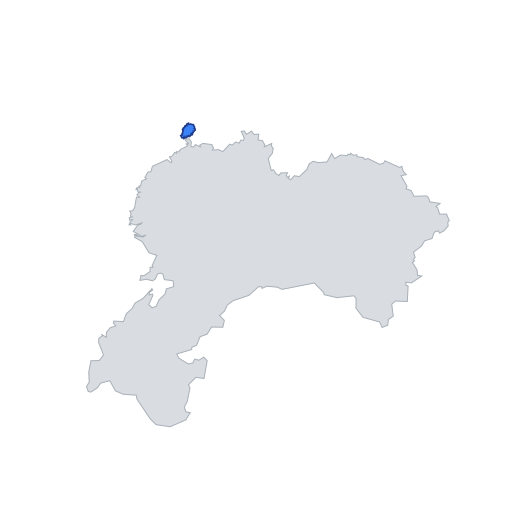 Hainan on a map of China (Mercator projection), rotated 166°
{"feature_id": "CHN-1775", "entity_name": "Hainan", "entity_type": "Province", "adm_level": 1, "iso_a3": "CHN", "parent_name": "China", "parent_adm1": "", "projection": "mercator", "projection_center": [109.857, 19.166], "detail": "fine", "context": "in_parent", "style": "filled", "palette": "blue", "viewbox_px": 512, "rotation_deg": 166, "n_neighbors": 0, "source": "natural_earth", "source_scale": "10m", "svg_char_len": 7099}
<svg xmlns="http://www.w3.org/2000/svg" viewBox="0 0 512 512"><g transform="rotate(166 256 256)"><path d="M280.3,378.1L271.9,374.8L271.1,371.2L272.6,369.3L266.6,368.3L263.0,365.3L254.4,370.9L252.3,369.3L248.2,371.6L245.0,369.5L242.8,372.1L240.1,371.3L238.9,372.9L240.2,380.5L237.1,380.2L236.0,376.4L230.1,378.3L228.6,374.5L223.8,373.6L225.9,368.0L221.8,366.4L220.6,361.4L221.6,359.9L213.5,361.4L214.4,359.1L213.3,356.3L215.1,351.9L220.5,347.6L220.5,335.3L218.2,335.5L216.9,331.2L214.1,328.6L211.9,330.6L205.3,329.2L207.2,326.6L206.2,324.5L204.3,325.5L205.7,323.1L203.7,321.6L199.5,324.6L194.6,322.6L185.8,327.6L182.0,332.6L177.6,334.1L173.1,331.6L164.3,330.1L157.8,337.1L156.1,331.5L149.7,333.5L143.2,331.4L141.9,332.7L140.2,331.4L139.3,332.8L137.2,330.2L133.7,329.9L133.9,327.9L127.9,325.5L127.1,323.3L123.8,323.5L113.9,315.1L109.9,315.0L107.9,317.2L95.1,307.1L92.8,307.8L92.7,302.9L90.5,298.6L95.8,298.8L92.6,287.1L94.2,284.9L89.8,282.2L88.2,275.7L76.3,273.1L74.6,271.2L74.1,266.4L64.7,262.5L69.5,260.5L68.0,258.8L67.7,252.2L61.0,250.6L59.9,243.6L61.7,242.5L62.3,238.6L67.7,234.9L72.3,233.7L73.1,236.4L77.2,236.0L81.0,230.4L88.8,229.9L92.7,225.8L102.3,221.6L101.9,216.2L104.3,214.4L103.3,212.9L105.8,211.9L103.1,203.6L103.9,198.0L100.0,196.5L111.7,192.3L117.0,194.3L117.6,191.6L115.7,190.0L120.2,175.2L131.5,178.6L136.0,176.4L137.3,164.5L142.8,162.4L145.0,156.9L150.9,156.2L152.0,162.1L167.0,170.6L171.6,181.1L169.2,190.7L170.6,193.7L187.5,196.0L199.3,202.0L199.1,204.1L205.9,215.7L238.7,217.3L242.9,220.6L252.9,224.1L258.0,223.1L258.0,224.9L261.1,225.5L272.5,219.5L289.0,218.2L295.8,215.3L299.7,210.3L305.7,207.0L302.3,201.2L305.4,194.9L316.3,197.8L322.5,191.9L329.7,191.3L335.4,183.6L340.3,183.0L341.0,180.9L356.6,180.1L355.6,175.6L347.8,167.6L343.1,167.6L340.4,170.8L336.6,168.7L331.1,170.5L328.7,166.2L336.1,149.7L343.8,152.8L352.7,147.3L352.0,143.9L357.8,131.7L362.2,126.5L361.6,121.6L357.7,120.0L363.7,114.0L380.6,111.1L393.7,116.5L398.1,123.7L406.1,145.8L405.9,149.9L418.3,154.0L425.1,159.2L428.0,170.4L437.5,170.2L441.7,166.5L449.1,163.9L451.5,165.1L452.1,170.2L448.3,174.1L446.3,184.0L441.5,194.3L433.4,192.5L427.9,196.9L429.6,210.0L428.4,214.2L424.3,215.7L424.9,217.4L420.9,213.3L419.6,218.1L414.7,221.7L409.0,222.1L410.6,225.4L409.7,227.3L400.5,224.4L395.8,231.4L388.8,235.1L384.8,239.6L375.6,242.3L364.9,249.5L364.5,248.0L368.2,246.4L369.1,244.1L365.6,244.1L365.5,242.8L371.9,234.8L369.2,230.8L365.0,231.4L360.5,237.1L353.5,241.1L350.9,245.8L343.2,246.2L342.4,252.1L350.6,255.2L350.7,260.9L352.8,262.5L355.9,262.4L359.1,258.1L362.2,256.9L367.9,259.9L374.5,260.4L372.4,265.0L369.8,263.9L362.6,266.5L361.5,270.6L358.6,270.0L359.2,271.7L352.1,280.6L359.1,285.1L362.9,297.5L369.2,303.3L368.7,304.8L360.8,301.7L357.6,303.0L362.0,302.7L369.2,309.6L363.2,314.6L360.3,314.6L358.7,315.7L365.5,315.3L370.8,318.5L367.1,321.3L370.0,321.3L369.7,323.9L366.7,323.9L368.2,325.2L366.9,327.5L367.7,330.1L364.8,329.8L362.2,332.1L357.7,342.1L354.8,341.0L356.7,344.2L354.0,346.2L351.9,345.7L355.0,346.6L355.0,350.9L352.2,350.5L352.8,352.1L350.9,352.2L348.8,356.4L343.6,357.4L344.9,359.0L340.5,363.6L337.6,363.2L334.8,368.1L319.0,371.1L315.8,367.0L314.6,368.4L316.0,373.1L313.1,373.3L309.9,376.2L308.4,374.8L308.0,376.5L305.7,375.7L303.5,377.7L295.9,379.3L294.2,382.0L296.5,384.9L295.5,386.4L292.5,385.9L291.1,382.2L292.8,378.3L290.5,376.8L287.8,378.7L283.5,375.4L283.7,377.2L280.3,378.1ZM297.4,387.5L299.8,390.8L293.7,399.0L290.2,400.5L284.9,398.4L284.7,393.2L288.5,389.2L297.4,387.5ZM369.4,306.4L367.2,306.0L365.2,304.0L366.8,304.4L369.4,306.4ZM372.1,317.0L370.4,317.4L370.0,316.5L372.1,317.0ZM356.4,349.5L355.5,350.6L355.6,349.2L356.4,349.5ZM295.1,381.6L296.6,381.0L296.5,381.8L295.1,381.6Z" fill="#d9dde1" stroke="#a8b0b8" stroke-width="1"/><path d="M299.7,390.6L299.8,390.6L299.9,390.9L299.7,390.9L299.1,391.3L298.9,391.6L298.7,391.6L298.5,391.4L298.5,391.2L298.8,391.1L298.7,391.0L298.4,391.1L298.5,391.4L298.5,391.5L298.4,391.7L298.4,391.9L298.4,392.0L298.2,392.1L298.1,392.3L297.7,392.4L297.7,392.6L297.6,392.8L297.6,393.0L297.4,393.1L297.3,393.4L297.2,393.7L297.2,393.9L297.0,394.0L296.9,394.1L296.5,394.2L296.4,394.1L296.5,394.3L296.8,394.3L296.8,394.7L297.0,394.2L296.9,394.6L296.9,394.8L296.7,395.1L296.6,395.3L296.5,395.5L296.6,395.9L296.4,396.0L296.2,396.0L296.2,396.3L296.0,396.5L296.3,396.6L296.5,396.6L296.5,396.3L296.4,396.2L296.5,396.0L296.7,396.7L296.4,396.8L296.2,396.9L296.0,397.3L295.8,397.5L295.8,397.4L295.5,397.5L295.4,397.5L295.5,397.4L295.9,397.3L295.7,397.3L295.4,397.4L295.2,397.5L294.7,397.7L294.3,398.1L294.0,398.3L293.9,398.4L293.8,398.6L293.7,398.6L293.8,398.8L293.7,399.1L293.6,399.4L293.2,399.4L293.3,399.3L293.3,399.2L293.2,399.0L292.7,399.2L292.2,399.4L291.9,399.3L291.6,399.3L291.7,399.5L291.5,400.0L291.4,400.1L291.1,400.2L291.3,400.2L291.4,400.3L291.6,400.3L291.5,400.5L291.4,400.6L291.2,400.4L290.9,400.5L290.7,400.6L290.8,400.8L290.7,400.8L290.4,400.9L290.5,400.7L290.4,400.6L290.5,400.4L290.4,400.3L290.2,400.5L290.3,400.6L290.1,400.6L289.9,400.7L290.0,400.5L290.1,400.3L289.9,400.2L289.7,400.1L289.0,400.0L288.2,399.9L288.1,400.0L287.9,400.1L287.8,399.9L287.7,399.7L287.4,399.5L286.8,399.5L286.6,399.4L286.1,399.1L285.8,398.8L285.5,398.7L285.3,398.7L285.0,398.6L284.9,398.6L284.8,398.4L284.8,398.0L284.9,397.9L284.9,397.4L284.9,397.1L284.8,396.9L284.7,396.7L284.5,396.4L284.4,396.3L284.5,396.1L284.6,395.8L284.6,395.6L284.6,395.4L284.6,395.1L284.4,394.6L284.6,394.4L284.7,394.2L284.8,394.2L284.7,394.1L284.7,393.9L284.4,393.8L284.4,393.7L284.5,393.6L284.5,393.4L284.6,393.2L284.8,393.0L284.7,392.9L284.8,392.8L284.8,392.7L285.0,392.7L285.3,392.6L285.5,392.4L285.7,392.2L286.0,392.1L286.2,391.9L286.4,391.8L286.5,391.9L286.5,391.7L286.8,391.4L286.9,391.2L287.3,391.1L287.5,391.0L287.7,390.9L287.8,390.8L288.1,390.6L288.2,390.4L288.5,390.3L288.8,390.4L288.7,390.2L288.8,390.0L288.8,389.9L288.7,389.9L288.4,390.1L288.1,390.2L287.9,390.3L287.9,390.2L287.9,389.9L288.1,389.6L288.3,389.4L288.5,389.1L288.8,389.0L289.2,389.2L289.4,389.3L289.5,389.4L289.8,389.4L289.8,389.5L290.2,389.4L290.3,389.4L290.6,389.4L290.2,389.3L290.2,389.2L290.4,389.0L290.4,388.9L290.3,389.0L290.3,388.9L290.2,388.8L290.7,388.5L290.8,388.5L291.0,388.5L291.0,388.4L291.4,388.4L291.5,388.4L291.5,388.5L292.0,388.8L292.1,388.6L292.2,388.9L292.4,388.8L292.5,388.7L292.8,388.5L293.1,388.8L292.9,388.9L293.0,389.0L293.3,389.0L293.2,388.9L293.4,388.8L293.3,388.7L293.6,388.6L293.8,388.6L294.0,388.7L294.2,388.4L294.0,388.5L293.9,388.6L293.7,388.5L294.0,388.4L294.3,388.0L294.8,388.1L295.1,388.2L295.3,388.0L295.5,388.0L295.7,388.3L295.7,388.5L295.8,388.6L295.9,389.0L295.9,388.9L295.9,388.6L295.7,388.3L295.7,388.0L295.7,387.9L296.0,388.1L296.3,388.2L296.4,388.3L296.6,388.3L296.8,388.5L297.0,388.4L297.0,388.6L297.1,388.8L297.1,389.0L297.2,388.9L297.3,388.8L297.2,388.7L297.3,388.6L297.2,388.5L297.2,388.4L296.9,388.2L296.9,387.9L297.1,387.7L297.4,387.7L297.6,387.4L297.8,387.9L297.9,388.0L298.1,388.1L298.2,388.3L298.3,388.4L298.8,388.5L299.0,388.4L299.3,388.5L299.5,389.4L299.6,389.7L299.7,390.1L299.7,390.3L299.6,390.5L299.7,390.6Z" fill="#3b82f6" stroke="#1e3a8a" stroke-width="1.5"/></g></svg>